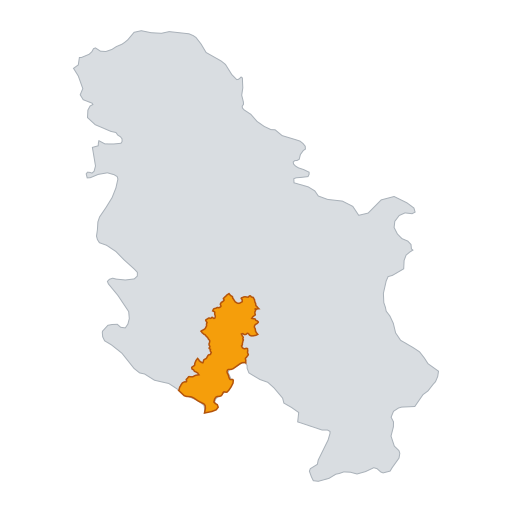 Republic of Serbia, with Raški highlighted
{"feature_id": "SRB-834", "entity_name": "Raški", "entity_type": "District", "adm_level": 1, "iso_a3": "SRB", "parent_name": "Republic of Serbia", "parent_adm1": "", "projection": "equal_earth", "projection_center": [20.586, 43.343], "detail": "fine", "context": "in_parent", "style": "filled", "palette": "amber", "viewbox_px": 512, "rotation_deg": 0, "n_neighbors": 0, "source": "natural_earth", "source_scale": "10m", "svg_char_len": 9174}
<svg xmlns="http://www.w3.org/2000/svg" viewBox="0 0 512 512"><path d="M294.0,182.8L308.3,186.9L314.8,190.9L318.3,196.0L327.5,199.4L342.4,201.1L352.8,206.4L358.7,215.3L368.1,213.1L381.2,199.9L394.1,196.5L406.9,202.8L413.9,208.0L415.1,212.1L412.1,213.7L405.0,212.9L399.2,215.5L394.8,221.3L394.1,227.5L397.4,234.0L401.9,238.6L407.8,241.1L411.0,244.5L411.4,248.9L412.9,250.1L409.7,252.1L406.1,255.1L404.1,260.4L403.7,268.8L392.4,275.4L388.1,276.6L386.2,280.9L383.4,293.3L383.8,302.6L385.4,307.3L386.2,311.2L389.9,316.0L393.3,323.3L395.6,332.9L400.6,340.3L413.3,347.7L419.6,351.9L424.4,358.1L428.0,363.7L438.5,371.2L437.7,376.5L435.5,381.7L433.2,384.2L428.0,390.9L423.0,394.6L414.8,406.5L401.6,407.1L398.5,408.0L393.5,411.3L391.1,417.2L393.5,421.9L393.4,426.8L391.0,436.1L394.3,446.1L399.0,450.7L399.8,453.4L399.0,458.1L392.2,467.6L390.1,471.1L383.1,472.9L380.8,472.0L377.1,468.7L373.8,467.7L365.5,471.6L357.0,474.0L350.4,472.2L343.8,471.9L339.2,473.5L335.8,474.2L329.1,478.3L318.3,481.3L313.3,480.7L311.4,476.8L309.4,471.2L310.3,468.7L317.4,464.3L318.2,460.1L328.1,440.0L330.0,433.5L330.0,431.4L327.4,430.0L322.0,430.0L297.7,421.9L298.7,412.5L291.6,407.5L283.9,403.1L282.6,398.1L274.1,388.0L267.8,382.3L259.9,379.5L253.0,375.4L248.9,372.9L247.1,368.2L247.1,365.4L245.0,362.7L241.7,363.0L236.1,366.7L229.2,369.9L228.0,372.3L230.5,377.8L232.3,381.4L231.5,384.7L229.3,389.0L216.1,398.4L214.6,401.7L217.1,407.0L215.5,409.5L204.4,413.0L204.7,410.1L204.0,405.4L197.7,400.5L188.7,396.6L168.8,383.5L161.2,381.8L154.4,380.2L144.6,374.0L139.6,372.9L134.0,368.4L121.9,353.2L111.6,345.0L104.6,340.8L102.7,336.8L102.3,332.6L102.5,331.2L107.9,325.3L112.0,324.5L117.3,324.3L120.7,327.3L125.3,327.9L127.9,324.1L129.3,318.6L128.7,311.6L117.8,295.3L108.4,283.9L107.4,281.4L109.4,279.3L112.7,278.2L116.2,279.1L125.4,280.0L134.3,278.9L137.3,276.1L137.4,272.4L134.2,269.0L123.9,259.7L115.9,251.5L106.4,245.2L99.4,242.7L97.4,239.5L96.5,236.1L97.4,229.9L97.9,221.9L99.6,216.9L106.0,207.5L112.1,197.6L115.9,188.0L117.9,179.1L117.2,176.6L114.1,174.7L107.4,172.8L98.2,174.4L90.3,177.7L87.2,177.9L86.2,173.9L87.5,172.2L89.9,172.4L92.0,173.1L94.1,171.3L95.5,166.0L92.4,147.4L98.2,145.8L98.4,143.0L98.9,140.7L104.9,143.9L113.5,144.0L120.9,143.3L122.1,141.5L122.0,138.8L120.5,136.8L117.8,135.1L115.9,132.5L110.9,131.4L95.2,124.7L87.5,117.6L87.9,110.1L90.1,106.0L92.9,104.5L92.1,103.2L83.2,99.7L80.2,94.8L82.8,88.6L78.3,76.0L73.5,68.3L78.3,64.9L79.0,60.2L79.4,57.5L81.4,57.5L89.1,54.3L91.9,51.7L93.5,48.7L95.4,47.9L100.5,51.2L105.9,51.5L112.0,49.4L116.5,46.5L122.0,44.2L124.5,42.5L127.7,39.9L134.1,32.3L141.3,30.7L151.0,32.7L161.4,33.3L169.2,31.6L189.0,33.8L193.2,35.6L196.0,37.5L201.1,44.1L206.1,52.5L213.0,56.4L221.3,61.1L225.5,64.5L231.8,74.6L236.7,79.6L238.3,79.4L240.0,78.1L241.1,77.0L242.4,78.0L242.5,81.1L242.8,87.9L241.7,95.2L243.4,102.1L243.5,104.3L242.2,106.2L242.4,108.0L244.1,109.9L250.9,114.4L257.1,121.5L264.3,126.5L270.9,129.6L275.1,129.8L282.1,135.6L295.7,139.7L300.0,141.1L303.0,143.5L305.2,146.2L305.4,149.1L303.3,150.5L300.4,154.5L299.2,159.3L297.0,160.5L294.8,160.6L293.2,162.0L293.6,164.1L295.4,166.0L298.3,167.8L303.7,169.6L309.1,172.2L309.1,174.3L308.0,176.6L301.2,177.4L296.1,177.8L293.8,178.7L294.0,182.8Z" fill="#d9dde1" stroke="#a8b0b8" stroke-width="1"/><path d="M245.8,362.9L244.5,362.5L242.2,362.7L240.1,363.7L233.1,368.7L231.2,369.4L228.3,369.5L227.5,370.0L227.0,371.5L227.2,372.8L228.3,375.0L229.0,377.5L229.5,378.6L230.0,379.4L230.8,379.6L231.8,379.5L232.7,379.5L233.3,380.2L233.0,383.1L231.1,386.9L228.7,390.4L226.9,392.2L225.8,392.2L224.8,391.9L223.8,391.9L223.0,392.7L222.2,394.5L221.7,395.2L221.0,395.9L219.3,396.4L217.7,396.4L216.2,396.9L214.7,398.8L213.9,402.0L215.3,403.5L217.3,404.7L218.2,407.2L216.2,409.8L211.9,411.5L204.5,413.0L205.4,408.5L205.2,405.6L203.8,403.8L198.3,401.1L193.6,397.9L191.1,396.8L186.3,396.4L184.2,395.7L178.6,390.4L179.0,390.0L179.1,389.7L179.2,389.4L179.4,388.2L179.9,386.8L180.1,386.5L180.6,385.9L180.9,385.0L181.3,384.5L181.9,383.6L182.3,383.0L182.7,382.7L184.2,382.0L184.5,381.9L184.9,381.8L186.0,381.9L186.4,381.7L186.6,381.4L186.6,380.9L186.6,380.6L186.2,379.9L186.2,379.6L186.3,379.4L186.6,379.0L187.3,378.5L187.7,377.9L188.6,376.8L188.7,376.7L189.1,376.6L190.1,376.7L191.1,376.8L192.2,376.8L192.9,376.7L193.3,376.5L194.0,376.1L194.8,375.7L195.7,375.3L198.9,374.8L198.4,374.1L197.8,373.1L197.6,372.9L196.6,372.4L195.9,371.9L194.6,371.4L194.4,371.2L194.2,371.0L193.9,370.3L193.7,370.0L193.3,369.7L192.3,369.2L192.1,369.1L192.0,368.8L191.7,367.6L191.8,367.3L192.1,367.0L194.1,365.7L194.6,365.2L194.7,364.9L194.7,363.8L194.8,363.5L195.1,362.6L195.4,361.9L195.7,361.2L196.0,360.5L197.6,358.4L198.6,359.5L198.9,360.0L199.2,360.7L199.4,360.9L199.9,361.2L200.6,361.9L200.7,362.0L201.5,362.2L202.2,362.8L202.6,362.8L202.9,362.8L203.0,362.7L203.5,361.0L203.6,360.2L203.8,359.9L205.0,359.1L206.0,358.6L206.4,358.2L206.7,357.9L207.0,357.1L207.5,356.5L207.9,355.6L208.0,355.4L208.4,355.1L208.8,354.8L209.0,354.7L209.9,354.7L210.1,354.6L210.4,354.4L210.5,354.3L210.6,354.1L210.6,353.7L211.0,353.0L211.3,352.7L211.3,352.4L211.1,352.1L210.7,351.7L210.3,351.1L210.2,350.9L210.2,350.5L210.4,349.8L210.5,349.3L209.6,348.9L209.2,348.5L209.1,348.2L209.2,347.8L209.8,347.1L209.9,346.8L209.9,346.6L209.9,346.4L209.8,346.1L209.2,345.4L209.1,344.7L209.0,344.1L209.0,343.8L209.3,343.3L209.4,342.9L209.7,341.6L209.7,341.0L209.7,340.7L209.6,340.4L209.3,340.0L208.8,339.5L208.4,339.1L208.2,338.4L208.0,338.1L206.8,336.7L205.9,335.9L205.3,335.0L205.0,334.7L204.1,334.4L202.9,333.3L202.2,332.8L201.7,332.0L201.1,331.3L201.0,331.2L201.4,330.8L202.8,330.1L204.4,329.2L204.9,328.8L205.4,328.2L205.7,327.5L206.5,326.0L206.6,325.5L206.5,324.9L206.5,324.2L206.7,323.2L206.8,323.1L207.0,322.9L207.1,322.7L207.0,322.3L206.6,321.9L206.2,321.3L205.7,320.3L205.7,320.1L205.8,319.9L206.0,319.7L206.5,319.4L207.4,318.9L208.4,318.2L208.6,318.1L209.0,318.0L209.3,318.0L210.0,318.3L210.3,318.4L210.6,318.3L211.3,318.0L211.8,317.4L212.0,317.3L212.5,317.4L213.3,318.1L213.7,318.4L214.0,318.4L214.4,318.4L214.6,318.3L214.8,318.1L214.9,317.9L215.2,317.1L215.3,316.2L215.3,315.9L214.9,314.8L214.7,314.3L214.7,313.4L214.8,312.5L214.8,312.2L214.5,311.8L214.3,311.7L212.7,310.9L212.9,310.6L213.3,309.4L213.7,308.9L214.1,308.7L214.7,308.5L216.0,308.2L216.8,307.7L217.2,307.5L217.6,307.5L218.6,307.7L218.8,307.7L219.6,307.4L220.0,307.2L220.6,306.8L220.9,306.4L221.0,306.2L220.8,305.4L220.4,304.5L220.3,304.2L220.4,303.9L220.8,303.4L221.0,302.8L221.3,302.4L221.5,302.2L222.4,301.9L223.7,300.7L224.0,300.4L224.0,299.9L224.0,299.7L223.4,298.8L223.4,298.6L223.4,298.4L223.6,298.2L224.4,297.5L225.0,296.8L225.9,296.1L226.6,295.2L229.0,293.6L230.4,295.3L230.9,295.7L232.0,296.3L232.4,296.7L232.6,297.0L232.7,297.3L232.6,297.8L232.7,298.2L232.8,298.4L233.6,299.2L233.9,299.9L235.2,301.8L235.5,302.1L236.2,302.4L237.2,303.1L237.9,303.3L239.0,303.3L239.6,303.2L241.4,302.2L242.0,301.9L242.2,301.7L242.3,301.4L242.2,300.6L242.2,299.8L242.0,299.4L241.4,298.8L241.3,298.6L241.2,298.4L241.3,298.2L241.4,297.9L241.6,297.8L242.8,297.4L243.9,296.9L244.5,296.8L245.5,296.8L246.5,297.0L248.1,297.2L248.5,297.0L249.0,296.3L249.3,296.1L249.8,295.8L250.1,295.8L250.4,295.9L250.7,296.1L251.2,296.8L251.4,297.0L251.9,297.1L253.2,297.4L253.3,297.6L253.5,297.8L253.6,298.0L253.6,298.5L254.1,299.0L254.5,299.6L254.6,300.8L255.0,302.2L255.1,302.6L255.5,303.1L255.6,303.4L255.7,304.0L255.8,305.0L255.8,305.3L255.9,305.6L256.2,305.9L256.9,306.5L257.5,307.4L258.8,308.7L257.3,308.8L256.8,309.2L256.1,309.1L255.7,308.8L255.2,308.9L255.2,309.0L255.2,309.3L255.5,309.8L255.6,310.0L255.6,310.3L255.6,310.6L255.5,310.8L255.0,311.6L254.9,311.9L254.9,312.5L254.9,313.1L255.0,313.7L255.3,314.6L255.3,314.8L255.1,315.1L254.3,315.6L252.8,316.8L252.6,317.1L251.8,318.4L253.7,318.8L254.6,318.8L255.0,318.9L255.2,319.1L255.3,319.3L255.6,320.0L255.8,320.3L256.2,320.5L257.1,320.8L258.0,321.6L258.2,321.8L258.3,322.0L258.2,322.4L257.0,323.6L256.8,323.7L255.7,324.3L255.1,324.8L254.8,325.4L254.5,325.9L254.4,326.4L254.4,326.7L254.4,327.3L254.5,327.6L255.0,328.3L255.2,328.8L255.4,329.9L255.5,330.4L255.5,331.0L255.6,331.3L256.0,331.9L256.3,332.6L256.5,332.8L257.8,334.4L255.7,335.4L255.4,335.4L254.7,335.5L253.5,335.8L251.8,335.9L250.9,335.8L250.3,335.5L249.8,335.3L249.4,335.0L249.1,334.4L248.9,334.2L248.1,333.5L247.9,333.4L247.7,333.3L247.3,333.3L247.1,333.4L246.3,334.1L246.1,334.3L245.5,334.5L244.4,334.6L244.1,334.5L243.8,334.3L243.1,333.7L242.7,333.6L242.1,333.7L241.4,334.0L241.9,334.9L242.3,336.0L243.1,337.0L243.3,337.7L243.1,338.1L242.8,338.5L242.8,338.8L242.8,339.0L243.3,339.7L243.4,339.9L243.3,340.2L242.9,340.9L242.9,341.2L242.7,342.2L242.3,343.8L242.3,344.1L242.4,344.6L242.4,344.8L242.2,345.1L241.5,345.8L241.5,346.0L242.0,346.9L242.3,347.5L242.5,347.9L244.1,348.7L244.4,348.8L244.8,348.8L245.1,348.7L245.8,348.4L246.2,348.3L246.5,348.3L247.5,348.6L247.6,349.9L247.8,351.0L247.7,351.3L247.5,351.7L247.5,352.1L247.7,353.2L247.8,353.5L248.2,354.2L248.3,354.3L248.3,354.5L248.2,354.9L247.9,355.4L247.7,355.7L247.1,356.3L246.8,356.6L246.6,357.2L246.4,357.4L245.7,357.9L245.4,358.5L245.4,359.0L245.7,359.9L245.8,360.1L245.8,360.4L245.7,361.5L245.8,362.3L245.8,362.9Z" fill="#f59e0b" stroke="#b45309" stroke-width="1.5"/></svg>